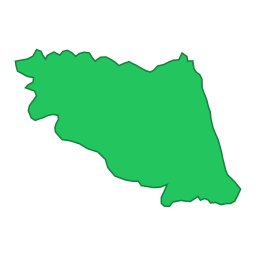 Miraguaí, Rio Grande do Sul, Brazil (Albers equal-area conic projection)
{"feature_id": "56859067B90024458991146", "entity_name": "Miraguaí", "entity_type": "district", "adm_level": 2, "iso_a3": "BRA", "parent_name": "Brazil", "parent_adm1": "Rio Grande do Sul", "projection": "albers", "projection_center": [-53.751, -27.495], "detail": "fine", "context": "isolated", "style": "filled", "palette": "green", "viewbox_px": 256, "rotation_deg": 0, "n_neighbors": 0, "source": "geoboundaries", "source_scale": "gbopen_adm2", "svg_char_len": 1502}
<svg xmlns="http://www.w3.org/2000/svg" viewBox="0 0 256 256"><path d="M55.5,132.1L62.1,139.6L69.8,140.7L79.4,143.7L87.7,148.7L97.7,151.9L105.4,159.4L107.9,167.7L111.9,172.5L115.0,176.1L126.1,180.1L133.6,181.3L138.3,181.2L141.3,185.6L154.1,187.6L160.9,187.0L167.2,184.4L164.9,189.8L161.3,197.5L161.3,203.4L164.3,206.1L169.5,206.4L172.6,202.1L181.2,200.4L185.0,201.1L190.3,201.5L197.9,196.5L200.4,200.2L204.6,198.5L208.1,199.9L210.5,203.0L215.6,202.5L221.0,204.7L226.2,203.6L230.5,203.5L234.6,201.3L237.7,195.5L240.6,189.1L234.7,181.8L227.6,174.9L225.5,169.9L224.3,164.6L222.9,159.2L221.4,151.9L220.0,146.4L217.9,139.2L215.2,133.2L213.1,128.1L212.0,123.7L210.9,118.7L210.3,112.1L208.6,107.5L206.5,99.2L203.8,92.6L202.1,87.7L202.0,79.3L199.7,74.6L196.5,72.4L194.0,68.9L192.8,60.9L187.8,61.1L186.9,56.5L182.1,53.0L178.8,59.8L173.4,60.2L169.6,61.7L163.6,64.6L157.6,66.0L153.8,70.2L150.2,72.1L145.7,70.6L140.1,67.6L136.5,65.4L132.8,63.7L129.0,61.7L124.6,63.1L119.0,65.6L115.1,62.2L110.2,59.1L106.1,57.0L100.6,57.2L95.0,61.1L92.1,57.4L89.4,53.0L84.0,52.2L79.2,53.6L75.7,56.3L71.7,52.6L67.3,50.3L62.9,51.4L59.8,55.2L53.9,52.0L50.6,53.7L47.3,55.5L45.5,59.1L42.7,55.1L41.2,51.4L36.5,49.6L33.0,56.2L27.1,59.1L15.4,61.2L16.2,66.3L17.5,71.1L27.5,76.5L33.6,77.6L33.0,82.2L28.3,84.7L25.4,87.8L34.5,91.0L36.6,95.9L29.5,105.6L28.3,110.7L31.3,117.9L35.2,120.4L39.7,118.7L43.1,117.7L47.3,115.7L52.7,114.4L57.9,115.3L58.5,119.2L56.0,123.9L54.9,127.8L55.5,132.1Z" fill="#22c55e" stroke="#15803d" stroke-width="1.5"/></svg>